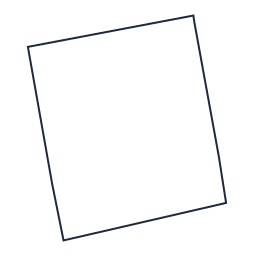 La Salle, Texas, United States of America (Albers equal-area conic projection), rotated 350°
{"feature_id": "52423323B67793839713525", "entity_name": "La Salle", "entity_type": "district", "adm_level": 2, "iso_a3": "USA", "parent_name": "United States of America", "parent_adm1": "Texas", "projection": "albers", "projection_center": [-99.098, 28.339], "detail": "fine", "context": "isolated", "style": "outline", "palette": "slate", "viewbox_px": 256, "rotation_deg": 350, "n_neighbors": 0, "source": "geoboundaries", "source_scale": "gbopen_adm2", "svg_char_len": 265}
<svg xmlns="http://www.w3.org/2000/svg" viewBox="0 0 256 256"><g transform="rotate(350 128 128)"><path d="M43.5,30.7L43.6,171.3L43.7,173.6L45.0,227.5L211.6,218.8L212.5,172.0L211.7,35.7L211.9,28.6L43.5,30.7Z" fill="none" stroke="#1e293b" stroke-width="2"/></g></svg>